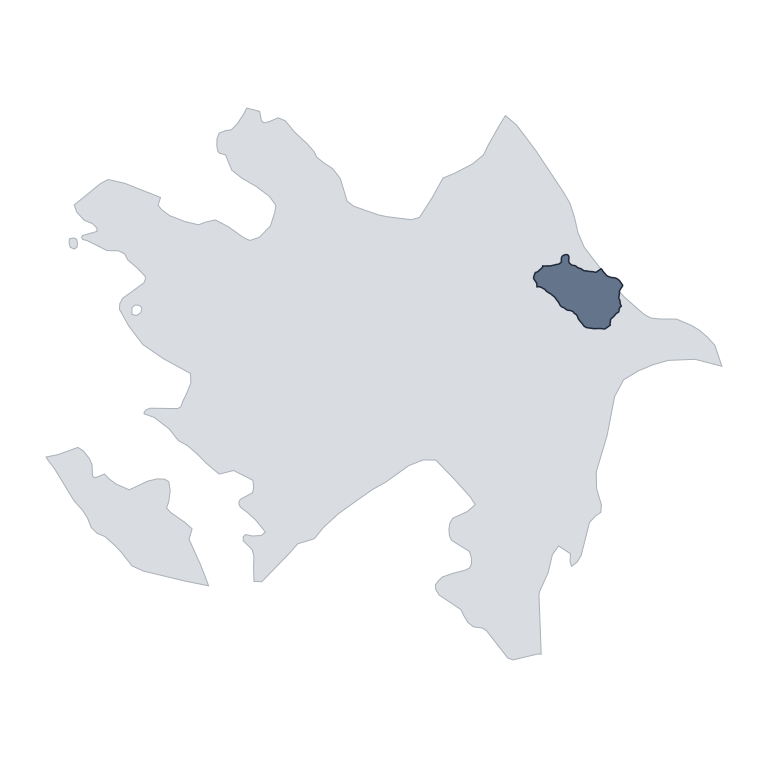 Khizi District, Xizı, Azerbaijan shown in context
{"feature_id": "54616110B97026515433008", "entity_name": "Khizi District", "entity_type": "district", "adm_level": 2, "iso_a3": "AZE", "parent_name": "Azerbaijan", "parent_adm1": "Xizı", "projection": "mercator", "projection_center": [49.188, 40.748], "detail": "fine", "context": "in_parent", "style": "filled", "palette": "slate", "viewbox_px": 768, "rotation_deg": 0, "n_neighbors": 0, "source": "geoboundaries", "source_scale": "gbopen_adm2", "svg_char_len": 5237}
<svg xmlns="http://www.w3.org/2000/svg" viewBox="0 0 768 768"><path d="M541.2,654.2L537.7,654.0L513.0,659.9L507.8,658.0L486.7,631.0L482.3,628.0L473.2,626.8L467.8,622.3L463.5,615.1L461.0,609.7L439.1,595.0L435.8,589.6L435.4,584.8L438.6,580.6L442.3,577.0L453.0,573.3L465.5,570.1L469.5,567.9L471.5,563.9L471.4,557.7L469.4,551.5L451.4,540.2L449.4,535.3L448.9,529.4L449.9,523.1L452.7,518.2L467.3,511.6L475.2,504.7L470.3,497.0L454.5,479.4L435.8,460.1L423.3,459.9L408.8,465.6L385.8,482.1L373.0,489.2L356.4,500.8L338.3,513.8L323.4,527.5L314.2,538.8L297.7,543.8L289.4,553.3L261.8,581.7L254.0,581.4L253.6,567.3L253.9,556.1L252.2,549.6L243.3,540.8L243.1,537.0L245.5,534.6L252.4,536.0L261.2,535.5L265.4,532.1L256.0,520.4L247.6,512.6L240.5,507.3L238.9,504.2L238.9,501.9L240.4,499.3L252.5,492.8L253.7,486.9L252.9,480.3L233.6,470.5L219.2,474.1L206.2,463.2L197.9,454.7L187.5,445.6L178.3,440.6L169.4,429.1L154.0,417.3L144.1,413.9L144.2,412.1L146.0,410.0L150.1,408.2L177.7,408.6L181.0,406.5L182.7,401.4L186.5,393.9L190.9,382.8L190.5,373.5L162.9,358.4L142.8,344.5L128.9,326.2L119.5,309.4L119.8,303.7L122.5,298.4L144.0,282.8L145.5,278.8L145.0,276.1L137.3,268.1L127.7,259.9L124.7,253.9L118.6,250.8L107.1,250.6L86.9,240.5L82.6,239.5L81.6,237.5L82.6,235.5L97.0,231.4L96.8,228.0L92.5,223.6L84.3,220.3L76.8,212.2L74.2,205.0L100.3,183.7L108.0,179.5L125.0,183.4L160.5,197.5L158.1,205.3L161.7,209.7L169.8,215.7L185.4,221.7L198.6,224.8L205.2,222.2L215.4,219.9L228.6,226.9L240.8,235.7L246.8,239.3L250.1,240.4L259.3,237.4L270.4,226.0L274.8,212.3L276.0,205.6L269.5,196.5L256.2,186.5L241.3,177.8L231.7,170.1L225.5,154.8L219.4,153.2L217.8,151.2L216.8,146.0L217.0,138.7L219.2,133.1L225.2,130.7L231.3,129.8L236.8,124.4L243.8,113.9L246.7,108.1L259.7,111.4L261.5,120.9L263.8,122.8L269.2,121.7L278.1,117.8L285.3,120.8L294.5,132.0L307.2,143.8L314.1,151.7L316.8,157.2L323.3,162.5L332.7,168.7L340.3,178.5L347.1,201.1L353.9,206.3L378.4,214.9L387.0,216.7L411.0,219.7L419.5,217.5L431.9,198.1L443.0,178.0L453.4,173.8L472.3,164.1L483.5,154.9L488.3,145.0L498.9,126.2L505.4,115.6L516.5,125.0L535.7,150.4L563.1,191.6L569.9,203.2L574.3,216.7L578.1,233.0L584.3,247.4L612.1,283.6L624.2,296.9L643.7,314.1L650.7,318.0L659.8,319.0L676.6,319.1L692.1,325.8L699.8,330.5L707.7,337.4L714.8,345.2L721.9,366.3L695.0,359.3L667.9,360.4L652.6,364.9L637.8,371.1L623.6,379.8L614.6,396.6L607.1,435.6L596.2,472.0L596.6,488.7L601.4,504.8L600.8,512.4L595.8,515.7L589.5,522.5L581.1,555.6L577.0,562.2L571.6,566.3L570.1,562.4L570.4,553.7L558.6,546.0L552.4,554.6L548.1,572.8L539.4,591.9L539.0,595.5L541.2,654.2ZM140.7,312.9L141.9,307.6L138.6,305.2L135.0,305.1L131.9,307.7L131.9,314.3L136.2,315.5L140.7,312.9ZM52.0,465.4L47.9,460.0L46.1,457.0L58.0,454.6L77.9,447.4L83.3,450.9L89.1,458.2L92.0,464.4L92.5,476.0L94.9,477.9L104.5,474.0L108.9,478.7L116.3,484.2L129.2,489.8L147.8,481.1L157.1,478.9L164.7,479.1L168.8,481.8L170.2,490.8L168.7,501.9L166.6,507.9L170.5,512.3L185.7,523.0L192.1,528.9L189.0,539.2L200.3,564.2L204.1,573.9L208.6,585.8L185.4,581.2L143.5,571.1L132.0,565.9L121.1,552.0L114.6,545.2L105.0,536.6L97.1,533.3L91.1,527.3L87.7,518.4L82.7,510.4L74.1,500.9L54.5,468.7L52.0,465.4ZM76.9,247.3L74.3,249.1L70.3,247.3L69.1,243.2L69.4,238.9L73.4,237.9L76.6,239.1L77.5,243.0L76.9,247.3Z" fill="#d9dde1" stroke="#a8b0b8" stroke-width="1"/><path d="M535.4,272.5L534.5,274.4L533.7,277.0L533.6,278.5L535.1,280.8L536.8,283.4L536.9,285.7L536.9,286.8L538.8,286.7L541.5,287.4L542.7,288.3L544.8,289.3L545.9,290.7L546.9,291.6L548.3,292.4L549.2,293.2L549.3,293.2L550.7,293.8L551.7,294.7L552.7,295.5L554.3,296.7L555.4,298.1L556.8,300.1L558.4,302.1L559.1,303.2L560.3,305.6L562.0,307.0L563.8,307.7L566.5,309.7L567.9,310.3L570.4,310.5L573.0,311.6L574.3,313.4L576.5,314.7L577.6,316.7L578.1,318.5L579.8,320.9L582.2,323.6L584.1,326.2L586.2,327.5L589.2,328.0L591.6,328.3L593.1,328.6L594.0,328.7L596.6,328.6L598.9,328.5L601.5,328.6L604.0,329.0L605.2,328.8L610.3,325.1L609.9,323.5L610.5,322.0L610.4,320.9L610.4,319.8L610.8,319.1L611.5,318.5L613.0,317.1L614.5,315.7L615.5,314.2L616.8,313.1L618.0,312.5L618.7,311.9L619.1,310.2L619.2,309.0L619.7,307.7L620.4,306.8L621.2,306.4L621.3,306.3L620.1,303.3L620.1,301.4L619.6,299.7L618.8,298.4L618.8,297.2L619.2,295.3L619.5,292.6L619.4,291.2L620.3,289.4L621.3,287.8L622.4,286.4L622.7,285.2L621.4,283.4L620.5,282.1L619.5,280.6L618.1,279.4L616.6,278.5L615.5,278.0L613.7,277.7L611.7,277.5L609.7,277.0L607.1,275.9L605.5,274.2L604.5,273.1L602.9,271.2L602.2,270.0L601.8,269.4L601.4,269.0L601.1,268.9L600.9,268.8L600.2,269.4L599.0,270.3L597.7,271.1L596.4,272.2L594.9,272.2L592.5,271.6L590.0,271.5L588.1,271.3L586.8,270.9L584.1,270.8L583.3,270.3L582.2,269.6L581.0,268.6L579.5,268.4L578.2,267.7L577.2,267.4L576.6,266.6L575.4,265.8L574.4,265.5L573.4,265.4L571.8,265.2L570.8,264.3L569.2,262.9L568.9,261.7L568.6,261.1L568.9,258.6L568.9,256.6L568.4,255.5L567.1,254.6L565.6,254.6L564.6,254.9L563.6,255.3L563.0,255.6L562.5,256.0L561.9,256.8L561.4,258.0L561.3,259.8L561.4,261.5L560.9,262.7L559.5,263.5L558.7,264.1L557.5,264.4L556.2,264.4L555.2,264.8L553.7,265.2L552.0,265.5L550.9,265.9L548.9,265.9L547.2,265.9L545.7,266.0L543.8,266.0L542.7,265.9L542.7,266.0L542.7,267.0L541.6,268.2L540.6,269.1L539.2,270.3L538.6,271.0L537.2,271.9L535.9,272.5L535.4,272.5Z" fill="#64748b" stroke="#1e293b" stroke-width="1.5"/></svg>